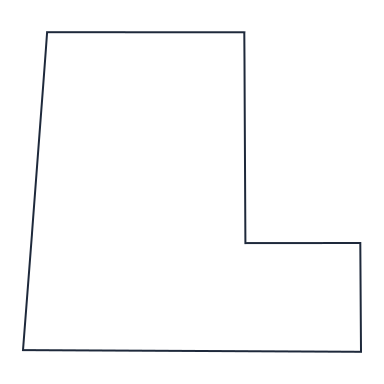 Gastre, Chubut, Argentina
{"feature_id": "61730980B58028591073526", "entity_name": "Gastre", "entity_type": "district", "adm_level": 2, "iso_a3": "ARG", "parent_name": "Argentina", "parent_adm1": "Chubut", "projection": "natural_earth1", "projection_center": [-68.969, -42.669], "detail": "fine", "context": "isolated", "style": "outline", "palette": "slate", "viewbox_px": 384, "rotation_deg": 0, "n_neighbors": 0, "source": "geoboundaries", "source_scale": "gbopen_adm2", "svg_char_len": 365}
<svg xmlns="http://www.w3.org/2000/svg" viewBox="0 0 384 384"><path d="M361.0,351.8L360.3,243.0L245.4,243.1L244.7,104.7L244.5,61.6L244.3,33.6L244.4,32.3L64.7,32.2L61.3,32.2L54.4,32.2L52.7,32.2L47.1,32.2L47.1,32.3L47.0,33.8L45.8,50.4L43.2,85.3L39.3,136.5L32.8,222.5L32.0,233.3L31.9,235.0L23.0,350.1L361.0,351.8Z" fill="none" stroke="#1e293b" stroke-width="2"/></svg>